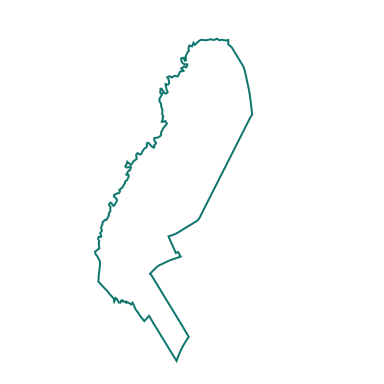 the district of Rawson, San Juan, Argentina, rotated 219°
{"feature_id": "61730980B18994779185278", "entity_name": "Rawson", "entity_type": "district", "adm_level": 2, "iso_a3": "ARG", "parent_name": "Argentina", "parent_adm1": "San Juan", "projection": "robinson", "projection_center": [-68.444, -31.689], "detail": "fine", "context": "isolated", "style": "outline", "palette": "teal", "viewbox_px": 384, "rotation_deg": 219, "n_neighbors": 0, "source": "geoboundaries", "source_scale": "gbopen_adm2", "svg_char_len": 5253}
<svg xmlns="http://www.w3.org/2000/svg" viewBox="0 0 384 384"><g transform="rotate(219 192 192)"><path d="M223.0,316.1L224.2,317.0L226.1,318.5L226.6,318.9L227.5,319.6L228.0,319.9L230.9,321.8L252.4,329.5L256.8,329.6L259.5,333.0L260.5,331.6L261.7,330.6L264.6,329.2L266.2,327.1L269.0,326.9L269.6,325.6L270.9,323.7L273.5,322.6L276.5,318.8L280.8,315.9L281.6,313.9L282.5,308.1L284.7,308.9L283.6,305.1L286.3,304.2L285.0,301.2L283.2,299.6L283.5,298.2L282.4,293.7L280.7,291.6L279.6,290.7L280.1,289.6L281.7,290.4L282.3,291.8L284.5,288.9L283.5,288.0L281.8,286.6L280.8,286.4L278.5,286.4L277.0,287.5L276.0,288.2L275.2,287.0L275.0,286.1L275.1,285.0L276.9,284.9L277.2,284.6L278.1,281.2L276.7,281.3L274.8,280.8L275.5,279.7L276.8,278.7L276.9,277.7L276.9,277.3L276.1,274.7L275.9,273.1L276.1,272.6L278.3,271.6L278.7,271.2L279.7,268.3L280.3,268.1L282.1,268.1L283.5,265.6L281.6,265.0L279.8,263.8L278.1,262.0L278.2,260.3L279.2,259.3L279.6,259.2L281.2,259.8L279.2,258.0L276.3,255.6L274.8,254.9L274.1,254.5L273.6,253.8L274.3,251.9L275.2,251.8L275.9,251.8L279.8,252.9L280.8,253.2L281.1,252.9L281.4,252.3L279.8,250.2L279.4,249.2L278.0,249.0L277.1,250.1L276.5,248.6L276.2,245.8L276.0,244.3L275.4,243.0L274.9,242.6L274.0,242.0L273.2,241.7L271.3,240.8L270.7,240.2L269.7,239.1L269.1,238.6L267.2,237.5L266.4,236.8L264.1,233.7L263.6,233.3L261.8,232.6L261.6,232.2L261.6,231.4L261.4,230.9L260.5,230.3L260.3,229.9L259.7,227.6L258.6,228.4L257.2,230.4L254.6,229.4L254.4,228.0L254.5,226.8L254.5,226.2L254.4,225.5L254.5,224.2L254.5,222.9L253.9,221.5L253.8,219.6L253.1,218.3L252.0,217.1L251.9,216.4L251.9,215.2L252.8,212.9L253.9,211.6L255.1,210.3L255.0,209.5L253.8,208.6L252.9,208.0L252.1,207.7L251.4,207.8L250.7,207.4L250.6,206.9L250.7,205.1L250.8,204.7L250.6,204.0L250.1,203.7L249.5,203.1L249.6,202.4L250.1,202.1L252.1,202.1L254.3,202.4L255.9,202.8L257.5,202.4L257.7,201.8L257.1,200.5L256.2,199.8L255.9,199.5L255.7,198.7L255.6,197.9L255.9,196.8L256.2,196.3L256.3,195.4L256.1,192.2L255.4,190.1L255.5,189.4L256.2,188.1L257.3,188.1L258.8,188.0L258.9,185.9L255.8,182.9L256.8,179.2L256.4,174.4L261.3,174.8L260.2,172.1L260.2,171.4L260.2,170.8L260.1,170.1L259.4,169.7L259.0,169.7L258.1,170.0L257.6,170.5L257.2,170.9L256.3,172.1L254.8,172.5L254.0,169.6L254.4,169.5L254.6,168.2L254.6,167.1L254.0,165.6L254.2,164.5L253.8,164.1L253.5,164.6L253.4,165.1L252.5,165.4L251.9,165.1L251.5,164.8L251.1,164.5L250.8,163.7L250.6,163.1L250.4,162.0L250.3,161.5L250.1,160.8L250.0,160.2L250.4,158.8L250.5,158.1L250.2,157.3L249.7,156.8L249.5,156.0L249.5,154.8L249.3,153.8L249.1,152.7L248.9,151.9L249.1,151.2L249.4,149.1L249.9,148.1L249.6,147.7L249.1,147.5L248.7,147.3L248.3,147.0L248.0,145.7L248.1,145.2L248.3,144.8L248.8,144.2L249.2,144.0L249.6,143.2L250.0,142.3L250.2,141.7L250.7,141.0L250.6,140.6L250.1,139.5L246.0,139.1L245.5,138.6L245.0,138.1L244.7,137.6L244.4,136.2L244.3,135.5L244.2,134.7L244.1,133.5L243.9,132.7L244.3,131.8L245.3,132.0L246.2,132.2L247.1,132.5L247.7,132.6L248.2,132.6L248.7,132.4L248.9,131.5L248.9,130.9L248.7,130.3L248.4,129.9L248.1,129.6L247.4,129.4L246.9,129.4L246.3,129.3L245.9,129.0L245.5,128.4L244.9,127.5L244.3,126.8L243.7,126.1L243.3,125.6L243.2,124.6L243.3,123.8L243.3,123.1L243.1,122.7L242.3,122.1L241.8,121.5L241.7,120.6L241.3,119.3L241.2,118.6L241.2,117.0L241.0,116.4L241.6,115.9L242.1,115.4L242.2,114.7L242.2,113.4L242.5,112.7L242.4,112.1L242.0,111.5L241.3,110.8L241.1,109.4L240.1,106.9L239.4,106.3L238.0,105.6L237.7,105.2L237.5,104.7L237.4,103.9L237.6,103.3L237.6,102.8L237.5,102.2L237.0,101.9L236.3,101.6L234.7,100.7L234.5,99.9L235.3,99.2L236.1,98.8L236.2,98.0L235.6,96.6L235.1,96.2L233.1,95.4L232.6,94.5L232.3,93.6L228.5,89.8L229.8,84.7L229.3,84.1L228.5,83.5L227.9,83.1L227.0,82.9L225.3,82.5L222.1,81.2L221.6,80.9L220.0,80.1L219.4,79.6L218.1,78.0L217.7,77.4L216.0,75.0L215.2,73.6L211.4,67.6L209.3,64.9L208.3,63.4L206.6,63.2L203.8,62.8L202.4,62.6L198.6,62.1L197.7,62.0L194.7,61.6L191.5,60.8L188.3,60.3L187.5,60.2L186.6,59.9L185.8,60.0L185.5,59.9L185.4,59.9L185.1,59.7L184.8,59.3L184.6,59.1L184.3,58.8L184.3,58.6L184.2,58.4L184.1,58.2L183.5,57.8L183.8,59.0L184.1,59.9L184.7,61.5L182.7,61.4L181.9,61.2L181.4,61.0L180.6,60.5L179.8,60.2L179.2,60.0L178.5,60.6L178.0,60.9L178.1,61.4L178.4,62.2L178.6,62.9L177.5,63.1L177.9,64.0L175.8,64.2L173.6,64.5L174.3,65.3L174.1,65.5L171.0,66.1L170.4,66.2L168.4,66.3L168.5,68.6L166.3,67.7L164.1,66.4L163.3,66.0L162.7,65.6L162.1,65.4L159.9,64.7L159.1,64.6L157.0,64.0L155.7,63.5L154.8,63.2L153.5,62.9L147.8,61.6L147.4,68.8L144.5,67.7L141.6,66.5L136.2,64.6L131.0,62.8L125.5,60.8L120.2,59.0L109.4,55.1L97.7,51.0L98.5,53.1L99.3,55.6L100.7,60.6L101.5,64.0L102.2,67.4L102.9,72.3L103.4,77.4L112.3,80.7L118.5,83.0L123.7,84.8L139.8,90.6L144.8,92.3L163.8,99.2L168.1,100.7L170.9,101.7L172.0,101.9L173.2,102.0L172.5,108.5L172.1,111.9L172.0,112.6L171.7,113.4L171.4,114.4L169.4,118.3L166.2,125.0L162.6,130.7L160.1,134.7L163.1,135.8L165.1,136.6L166.2,134.4L173.3,138.1L176.6,139.7L182.3,142.7L179.0,148.0L178.7,148.6L178.4,149.2L177.1,152.5L173.9,161.7L170.0,172.4L169.8,174.0L169.8,174.7L169.7,175.4L169.8,175.9L169.9,176.7L170.1,177.7L177.0,209.5L186.5,253.8L193.7,287.0L193.9,290.1L197.9,293.9L200.6,296.5L201.5,297.4L203.1,299.0L205.6,301.4L211.2,306.5L212.5,307.7L213.6,308.5L219.5,313.2L223.0,316.1Z" fill="none" stroke="#0f766e" stroke-width="2"/></g></svg>